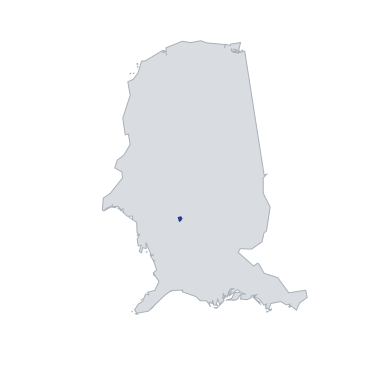 Stone, Arkansas, United States of America shown in context, rotated 71°
{"feature_id": "52423323B17641695203494", "entity_name": "Stone", "entity_type": "district", "adm_level": 2, "iso_a3": "USA", "parent_name": "United States of America", "parent_adm1": "Arkansas", "projection": "orthographic", "projection_center": [-92.07, 35.919], "detail": "fine", "context": "in_parent", "style": "filled", "palette": "blue", "viewbox_px": 384, "rotation_deg": 71, "n_neighbors": 0, "source": "geoboundaries", "source_scale": "gbopen_adm2", "svg_char_len": 4146}
<svg xmlns="http://www.w3.org/2000/svg" viewBox="0 0 384 384"><g transform="rotate(71 192 192)"><path d="M300.8,138.9L318.8,133.3L321.9,116.5L329.2,117.4L332.1,126.6L337.7,131.7L331.6,135.7L331.7,137.6L330.0,135.7L329.3,139.8L324.5,143.6L323.1,153.8L327.2,157.1L329.2,156.1L328.2,154.5L329.1,155.1L329.8,157.1L324.0,159.8L322.3,157.9L322.4,161.0L315.4,163.1L310.8,167.9L310.9,165.7L310.1,164.4L309.6,169.8L311.3,170.4L311.7,174.8L309.0,181.1L304.4,178.3L306.2,174.4L303.9,177.3L305.7,181.0L307.7,182.9L308.4,185.4L305.2,195.2L305.7,189.3L301.0,184.6L302.6,178.5L299.1,180.8L301.8,189.0L297.8,187.0L296.6,187.5L297.3,184.7L297.1,183.9L296.2,186.1L296.4,187.9L302.4,190.3L301.5,192.0L298.5,189.4L297.5,189.1L301.2,192.1L302.6,192.6L302.1,194.8L300.2,193.5L303.3,196.2L302.8,196.8L301.2,195.4L297.7,195.1L302.4,197.5L305.1,197.0L309.0,204.3L305.7,198.7L307.0,202.5L301.8,202.5L306.0,205.7L307.7,204.3L305.9,208.2L300.8,207.8L304.1,209.1L301.8,211.3L305.0,212.1L299.6,213.7L297.4,219.8L292.3,222.1L283.3,233.6L281.8,232.7L278.8,242.5L278.7,244.9L281.0,251.9L290.5,272.1L288.7,283.6L284.8,284.7L280.5,279.2L279.4,274.3L273.3,269.1L275.1,266.3L272.3,266.7L272.9,259.2L265.9,252.4L256.0,254.9L254.0,250.7L244.1,250.9L245.3,249.2L243.6,251.0L239.2,251.9L239.0,248.6L238.3,251.0L224.7,252.0L230.6,253.6L228.6,256.7L233.1,259.5L230.9,261.2L225.9,257.3L225.6,260.4L218.8,259.2L215.1,255.3L212.8,257.3L202.9,254.2L197.1,258.3L198.6,257.2L195.5,256.0L193.8,261.2L187.7,264.3L189.1,263.4L185.2,262.7L186.5,264.5L181.8,266.5L179.7,272.2L177.7,271.2L179.4,272.8L179.5,278.2L181.3,281.5L179.8,282.6L168.8,277.8L166.7,269.8L156.1,253.2L150.3,251.7L144.1,257.2L137.5,252.3L135.1,244.7L127.0,235.0L116.6,233.3L116.2,236.5L99.6,233.4L80.5,219.0L66.9,216.8L66.4,211.0L62.0,204.4L51.8,197.1L52.8,193.3L48.6,173.6L49.4,172.0L50.6,174.8L50.6,170.8L54.5,171.7L47.2,169.7L46.3,152.1L50.4,144.4L51.8,134.5L55.9,129.3L63.3,112.8L66.4,114.4L63.2,112.2L66.0,108.1L64.7,107.7L66.5,97.5L73.6,101.9L70.1,106.4L74.1,103.7L72.2,107.8L69.9,108.1L71.2,108.8L73.3,107.6L75.5,103.5L76.0,96.3L199.4,118.3L199.5,115.7L201.9,120.1L216.6,125.1L231.6,123.0L253.0,134.2L254.2,137.3L261.8,141.9L265.4,154.2L261.3,164.9L264.1,168.0L282.1,157.8L280.7,153.2L282.2,152.1L292.3,150.3L300.8,138.9ZM318.0,164.8L321.0,163.6L310.7,168.8L318.9,163.4L318.0,164.8ZM74.9,100.5L74.9,103.5L74.7,103.9L74.0,101.4L74.9,100.5ZM181.1,280.6L179.8,275.8L180.0,273.2L180.1,276.0L181.1,280.6ZM332.4,135.9L332.8,137.4L332.2,137.2L332.4,135.9ZM215.2,256.7L215.4,257.8L214.3,256.9L215.2,256.7ZM55.0,202.7L56.4,202.5L56.5,202.7L55.0,202.7ZM53.8,201.8L53.0,202.4L52.8,201.6L53.8,201.8ZM326.8,159.4L326.2,160.5L325.9,160.3L326.8,159.4ZM181.0,270.8L180.0,272.8L182.3,268.8L181.0,270.8ZM287.7,265.4L289.5,269.4L287.4,265.1L287.7,265.4ZM60.8,208.1L61.1,209.3L60.7,208.1L60.8,208.1ZM289.5,284.1L288.3,285.6L290.1,282.6L289.5,284.1ZM309.8,206.8L308.8,208.7L309.2,204.6L309.8,206.8ZM74.7,98.0L74.4,98.8L74.1,98.2L74.7,98.0ZM186.5,265.4L184.3,266.2L186.6,265.1L186.5,265.4ZM329.8,159.1L330.0,160.2L329.0,160.1L329.8,159.1ZM60.0,211.1L60.1,212.6L59.8,211.2L60.0,211.1ZM183.8,267.0L182.9,267.5L183.7,266.7L183.8,267.0ZM308.2,187.2L307.3,189.6L308.3,186.3L308.2,187.2ZM196.4,259.2L195.0,260.0L197.1,258.6L196.4,259.2ZM279.2,243.6L279.1,245.4L278.9,244.2L279.2,243.6ZM305.5,212.3L305.1,212.7L306.2,211.2L305.5,212.3ZM259.6,254.3L258.0,255.3L257.3,255.2L259.6,254.3ZM238.5,251.7L238.2,252.0L237.2,252.0L238.5,251.7ZM277.5,274.6L277.8,275.8L277.2,274.4L277.5,274.6ZM234.2,254.3L234.0,255.4L233.9,253.4L234.2,254.3ZM285.8,287.5L284.9,287.7L286.2,287.2L285.8,287.5ZM311.5,175.6L311.1,176.8L311.6,175.1L311.5,175.6ZM307.9,209.2L307.4,209.7L307.9,209.2Z" fill="#d9dde1" stroke="#a8b0b8" stroke-width="1"/><path d="M215.3,213.2L215.3,212.9L215.1,212.7L215.1,212.4L215.2,212.2L215.1,211.9L214.7,211.7L214.3,211.7L214.2,211.6L213.9,211.6L213.7,211.5L213.7,211.4L213.9,211.3L213.9,211.2L213.8,210.9L214.0,210.9L213.9,210.7L213.7,210.6L213.6,210.3L213.3,210.3L213.2,210.1L213.2,210.7L212.6,210.6L212.6,211.3L212.0,211.2L211.9,212.6L211.9,213.1L213.0,213.1L214.2,213.2L215.3,213.2Z" fill="#3b82f6" stroke="#1e3a8a" stroke-width="1.5"/></g></svg>